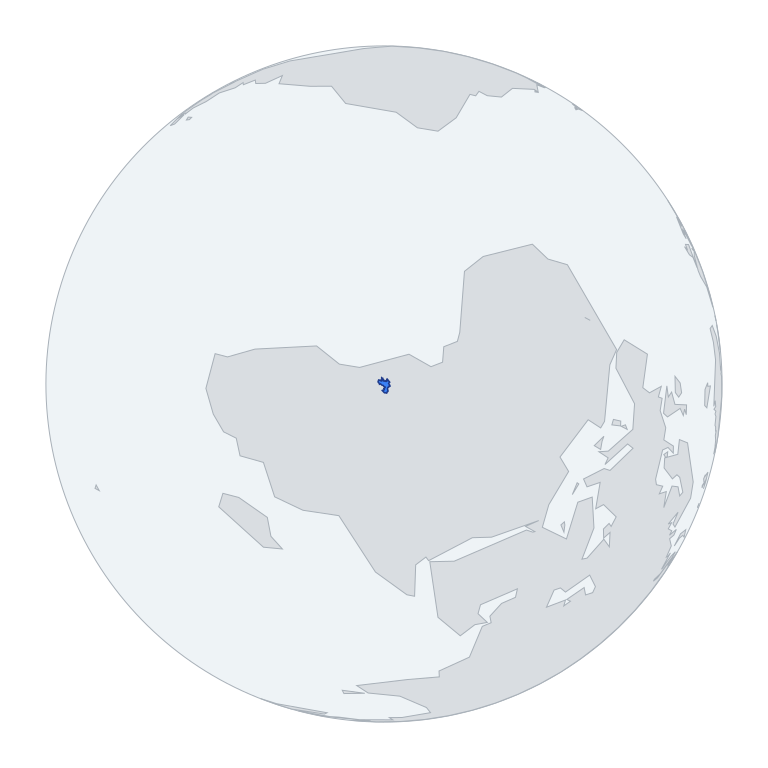 globe centered on Pool, rotated 106°
{"feature_id": "COG-3341", "entity_name": "Pool", "entity_type": "Region", "adm_level": 1, "iso_a3": "COG", "parent_name": "Republic of the Congo", "parent_adm1": "", "projection": "orthographic", "projection_center": [14.821, -3.811], "detail": "fine", "context": "on_globe", "style": "filled", "palette": "blue", "viewbox_px": 768, "rotation_deg": 106, "n_neighbors": 0, "source": "natural_earth", "source_scale": "10m", "svg_char_len": 8889}
<svg xmlns="http://www.w3.org/2000/svg" viewBox="0 0 768 768"><g transform="rotate(106 384 384)"><circle cx="384" cy="384" r="338" fill="#eef3f6" stroke="#a8b0b8"/><path d="M209.9,94.4L207.5,95.9L219.6,89.0L201.8,100.5L193.4,109.3L188.5,113.2L175.4,121.0L170.4,122.7L153.4,137.0L166.8,126.1L154.3,137.6L153.3,139.3L155.4,138.2L161.1,133.5L157.3,137.6L142.7,148.9L145.8,145.3L150.5,141.4L148.0,142.8L138.0,152.4L132.5,158.5L129.2,162.0L147.3,142.8L166.9,125.1L187.8,108.9L209.9,94.4ZM52.7,317.7L54.6,310.1L50.9,329.5L55.0,311.0L54.3,319.6L60.9,316.2L59.4,320.9L64.4,342.0L75.8,350.2L78.4,364.2L76.5,373.4L81.7,375.3L81.9,381.2L108.2,388.0L126.1,401.8L128.5,422.5L119.4,447.2L124.9,498.2L112.2,516.5L118.2,537.1L124.3,567.7L115.5,566.7L127.6,580.8L130.5,590.1L127.3,591.5L135.1,601.7L133.1,602.5L140.3,608.7L149.6,622.5L161.4,632.7L171.3,643.5L179.1,649.3L178.3,649.4L180.7,651.9L185.1,655.2L177.2,650.6L160.9,637.3L153.3,630.1L152.0,629.3L134.6,610.6L137.8,614.7L114.8,587.2L99.4,563.5L67.2,496.1L62.2,483.2L57.1,469.6L56.8,468.3L51.4,443.6L47.8,418.5L46.2,393.2L46.5,367.9L48.6,342.7L52.7,317.7ZM194.6,660.7L179.9,652.6L186.2,656.1L180.3,650.4L191.8,656.9L194.6,660.7ZM181.4,645.8L180.7,642.4L183.5,643.9L184.7,646.7L181.4,645.8ZM716.1,321.6L711.6,304.0L715.9,327.7L720.2,350.8L721.8,376.2L720.9,366.4L718.6,344.2L716.7,335.8L713.4,314.8L704.4,283.0L703.2,286.9L699.6,274.7L687.1,248.7L683.3,254.0L679.7,282.7L685.4,314.1L681.4,327.1L661.6,279.9L650.3,250.1L644.7,252.0L623.0,226.6L589.9,222.7L583.9,215.2L578.0,218.2L562.5,210.5L552.8,198.8L544.1,199.3L569.6,230.4L578.9,230.3L584.7,219.0L590.3,230.3L605.0,241.3L593.4,267.8L542.2,291.0L535.0,267.7L485.1,206.8L485.4,200.3L485.1,199.6L484.3,198.3L481.9,208.7L472.6,197.6L501.6,238.4L507.4,256.7L541.5,292.4L538.8,296.0L549.1,303.7L579.6,296.1L580.3,303.9L567.1,340.4L523.0,391.1L527.7,427.1L522.6,458.0L492.6,478.3L492.7,502.6L476.8,511.1L474.2,525.0L460.0,539.8L437.3,554.0L401.4,554.7L401.1,541.9L386.0,517.6L366.0,459.3L377.2,432.4L374.8,412.0L348.5,368.2L354.4,343.6L346.9,333.7L331.7,336.8L322.8,325.2L313.4,325.4L253.5,337.7L234.1,323.8L208.7,279.9L218.7,260.9L218.8,240.6L286.8,169.9L303.3,172.2L359.1,161.7L366.5,163.6L362.1,177.9L405.7,194.7L417.2,182.4L454.6,192.3L478.1,192.3L482.7,165.9L444.2,165.1L435.3,152.7L464.5,142.5L497.8,145.4L495.4,140.8L472.6,129.9L478.4,122.5L464.4,125.8L471.5,130.4L462.9,133.1L456.0,129.2L458.3,126.4L447.7,124.2L439.4,139.7L445.6,146.1L419.0,149.1L426.9,160.5L420.3,166.0L404.6,149.1L404.8,142.9L377.1,126.9L374.5,133.3L400.5,149.4L393.2,148.2L389.9,158.8L386.7,149.9L359.0,132.3L333.9,137.7L304.9,165.4L289.5,169.0L275.3,165.3L282.7,139.0L316.2,134.2L319.3,126.4L309.8,116.8L320.8,116.7L321.1,112.7L333.5,111.2L348.4,101.1L360.6,99.6L363.9,88.7L370.7,86.9L366.7,93.5L370.6,98.0L400.6,96.7L405.7,94.4L405.4,87.9L413.7,89.1L409.6,83.0L425.7,81.0L402.7,79.0L401.8,73.0L410.1,68.9L405.7,66.9L392.2,74.0L390.5,77.4L395.7,80.6L387.5,91.6L377.7,93.8L370.6,82.2L356.0,84.7L356.9,76.0L392.9,59.8L409.2,57.8L441.3,64.9L438.9,67.6L426.2,66.0L440.3,72.2L438.0,69.3L444.9,70.8L445.8,66.9L450.7,67.9L443.2,62.9L449.3,63.7L454.0,66.8L460.5,63.2L472.6,64.9L471.7,63.8L467.4,62.1L485.6,66.2L484.1,65.3L477.6,63.4L470.4,60.6L464.9,57.7L471.5,59.3L474.4,60.5L490.4,66.2L497.1,70.2L499.3,70.7L495.0,67.7L475.5,60.6L470.2,58.5L480.0,61.4L476.0,60.2L475.5,59.7L481.2,61.0L470.7,57.9L464.2,55.7L487.5,62.3L510.2,70.5L532.3,80.4L553.7,91.8L574.1,104.7L593.6,119.0L612.1,134.6L629.3,151.6L645.3,169.7L660.0,189.0L673.2,209.2L685.0,230.4L695.2,252.3L703.8,274.9L710.8,298.0L716.1,321.6ZM266.0,203.3L264.7,209.2L264.7,209.3L266.0,203.3ZM535.2,163.7L553.8,166.3L541.6,150.0L547.8,150.0L541.4,144.9L540.7,148.9L524.5,135.5L531.2,132.1L527.0,125.9L520.5,124.9L511.0,133.6L534.0,152.2L531.4,158.2L535.2,163.7ZM61.2,315.9L61.6,319.4L60.1,319.9L61.2,315.9ZM66.8,273.9L67.5,275.0L65.6,277.1L66.8,273.9ZM63.5,276.9L64.3,275.0L66.5,268.4L66.0,273.8L62.6,280.6L63.1,278.1L63.5,276.9ZM155.2,136.9L156.3,136.1L157.3,136.1L154.5,138.3L155.2,136.9ZM175.6,126.0L169.1,133.0L171.8,129.0L166.7,132.7L166.0,129.7L186.0,115.0L177.1,121.9L175.6,126.0ZM170.6,123.1L168.8,125.7L170.0,123.5L170.6,123.1ZM310.4,95.5L315.4,97.1L311.9,101.6L296.4,106.4L301.4,99.6L310.4,95.5ZM323.4,98.7L320.7,87.4L330.2,85.0L325.3,88.1L331.8,87.6L325.8,92.6L337.5,102.4L335.1,107.2L307.8,111.6L318.1,107.1L312.5,105.3L323.4,98.7ZM297.0,72.1L295.9,69.7L317.9,67.1L316.3,69.8L300.8,73.9L293.5,73.2L297.0,72.1ZM258.9,70.1L254.8,71.9L243.9,76.6L247.3,74.9L258.9,70.1ZM244.5,76.2L235.2,80.7L235.4,80.5L244.5,76.2ZM231.9,82.2L227.0,84.8L229.5,83.5L231.9,82.2ZM341.2,48.8L341.8,48.7L344.3,48.4L350.6,47.7L355.4,47.3L359.1,47.2L350.6,47.9L360.7,47.7L351.0,48.6L352.8,48.6L346.6,49.7L342.2,51.3L337.5,51.8L337.8,52.3L333.7,53.4L332.6,54.4L323.7,56.0L321.6,57.5L318.6,57.5L317.3,59.9L314.3,58.9L308.7,61.0L314.6,60.8L269.5,71.9L253.0,78.9L240.8,85.8L237.3,84.6L246.4,77.9L261.9,70.0L278.3,64.1L273.7,65.2L280.2,62.9L281.1,63.0L283.6,61.6L289.3,59.9L303.0,55.9L341.2,48.8ZM373.6,158.2L379.0,158.6L387.2,157.7L385.3,164.9L373.6,158.2ZM354.4,146.2L359.1,145.0L360.5,153.7L354.8,153.7L354.4,146.2ZM360.6,137.7L359.3,144.3L356.7,140.7L360.6,137.7ZM371.0,92.6L375.9,91.6L376.9,93.1L374.7,95.6L371.0,92.6ZM387.1,50.6L382.6,50.1L383.8,49.8L379.4,48.3L386.2,48.0L391.6,48.8L387.1,50.6ZM476.8,170.2L470.7,175.1L466.8,172.6L469.7,171.3L476.8,170.2ZM426.4,169.2L438.4,172.5L425.7,171.1L426.4,169.2ZM393.8,50.1L391.2,49.3L396.2,49.7L393.8,50.1ZM391.0,47.9L396.7,48.1L386.5,47.9L391.0,47.9ZM565.0,628.3L564.0,633.0L560.4,632.9L565.0,628.3ZM574.1,454.9L547.6,509.0L533.5,508.7L533.1,492.3L544.4,459.4L561.6,450.7L570.6,436.2L574.1,454.9ZM720.4,416.0L720.9,399.1L715.7,348.1L717.7,350.3L721.9,383.0L721.8,387.6L721.7,396.1L720.4,416.0ZM686.6,317.2L692.6,337.2L689.9,339.7L686.6,317.2ZM448.5,53.3L447.1,55.0L450.6,57.5L459.7,60.3L446.3,57.7L440.9,53.8L448.5,53.3ZM416.6,48.3L415.7,48.7L411.6,48.2L416.6,48.3Z" fill="#d9dde1" stroke="#a8b0b8" stroke-width="1"/><path d="M392.0,378.9L392.1,379.1L392.0,379.4L392.1,379.7L392.0,380.0L392.1,380.4L392.1,380.6L392.1,380.8L392.3,380.9L392.3,381.1L392.2,381.2L392.2,381.4L391.9,381.9L391.8,382.2L391.6,382.4L391.3,382.9L391.0,383.4L391.0,383.5L390.9,383.6L390.8,383.9L390.7,384.0L390.6,383.9L390.4,383.6L390.4,383.4L390.3,383.2L390.1,382.9L389.9,382.6L389.8,382.4L389.5,382.3L389.2,382.2L388.9,382.4L388.8,382.6L388.6,382.9L388.5,383.0L388.3,383.0L388.1,382.8L387.9,382.5L387.8,382.4L387.6,382.2L387.4,382.1L387.0,382.0L386.8,381.9L386.7,381.9L386.6,382.1L386.5,382.4L386.5,382.8L386.4,383.2L386.3,383.6L386.1,383.8L385.8,384.0L385.6,384.3L385.6,384.6L385.7,385.0L385.7,385.3L385.7,385.7L385.5,386.0L385.3,386.4L385.2,386.7L385.0,387.0L384.8,387.3L385.0,387.5L385.3,387.9L385.5,388.2L385.2,388.3L385.1,388.5L384.6,388.9L384.2,389.7L384.1,389.8L384.0,390.0L383.7,390.1L383.3,390.4L383.1,390.4L382.9,390.4L382.7,390.3L382.5,390.2L382.4,390.2L382.2,390.1L381.9,390.1L381.8,390.3L381.7,390.3L381.5,390.2L381.6,389.7L381.5,389.4L381.6,389.1L381.4,388.9L381.3,388.6L381.2,388.5L381.2,388.4L381.3,388.3L381.4,388.2L381.6,388.2L381.8,387.9L381.9,387.6L381.7,387.5L381.6,387.3L381.5,387.2L381.4,387.1L381.5,387.0L381.5,386.9L381.4,386.8L381.1,386.9L380.8,387.0L380.7,387.0L380.3,387.3L380.0,387.4L379.5,387.5L379.3,387.6L379.1,387.8L378.9,388.0L378.6,388.0L378.7,387.8L378.7,387.7L378.8,387.6L378.9,387.4L378.9,387.0L378.9,386.8L379.0,386.8L379.0,386.7L379.3,386.6L379.5,386.5L379.6,386.3L379.7,386.2L379.8,386.2L380.0,386.2L380.1,385.9L380.0,385.7L380.5,385.3L380.5,385.2L380.8,385.2L381.1,385.2L381.3,384.9L381.3,384.7L381.2,384.4L380.9,384.2L380.7,383.7L380.4,383.3L380.4,383.2L380.5,383.2L380.8,383.0L381.0,383.0L381.0,382.9L380.9,382.9L380.8,382.6L380.8,382.4L380.7,382.3L380.6,382.2L380.4,382.1L380.2,382.0L380.1,381.9L379.9,382.0L379.7,382.2L379.4,382.6L379.1,382.6L378.9,382.6L378.6,382.5L378.3,382.4L378.4,382.2L378.5,382.2L378.6,381.9L378.7,381.7L378.8,381.5L379.0,381.4L379.2,381.2L379.3,381.1L379.4,380.9L379.5,380.8L379.6,380.7L379.8,380.5L379.8,380.4L379.9,380.2L380.0,379.9L380.1,379.5L380.3,379.4L380.7,379.1L380.8,379.3L381.0,379.4L381.4,379.4L381.5,379.4L381.8,379.5L382.1,379.7L382.3,379.7L382.4,379.4L382.5,379.3L382.6,379.2L382.8,379.0L383.0,378.9L383.2,378.7L383.4,378.5L383.4,378.4L383.5,378.4L383.8,378.2L383.9,377.9L384.1,377.7L384.3,377.6L384.5,377.6L384.6,377.8L384.6,378.0L384.7,378.4L384.7,378.5L384.8,378.6L385.0,378.6L385.3,378.6L385.7,378.6L385.8,378.6L385.9,378.8L385.9,379.0L386.0,379.1L386.3,379.2L386.3,379.3L386.5,379.3L386.8,379.4L387.0,379.3L387.3,379.4L387.8,379.3L387.9,379.2L388.1,379.1L388.3,379.0L388.3,378.9L388.5,378.8L388.7,378.7L388.8,378.7L389.0,378.6L389.1,378.4L389.3,378.3L389.7,378.2L389.8,378.3L389.9,378.2L390.0,378.2L390.1,378.3L390.4,378.4L390.5,378.5L390.8,378.7L390.8,378.8L391.0,378.9L391.3,378.8L391.5,378.8L391.8,378.8L392.0,378.9Z" fill="#3b82f6" stroke="#1e3a8a" stroke-width="1.5"/></g></svg>